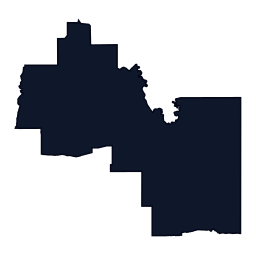 Loxton Waikerie, South Australia, Australia (Robinson projection)
{"feature_id": "25037944B91781040485830", "entity_name": "Loxton Waikerie", "entity_type": "district", "adm_level": 2, "iso_a3": "AUS", "parent_name": "Australia", "parent_adm1": "South Australia", "projection": "robinson", "projection_center": [140.079, -34.476], "detail": "fine", "context": "isolated", "style": "filled", "palette": "ink", "viewbox_px": 256, "rotation_deg": 0, "n_neighbors": 0, "source": "geoboundaries", "source_scale": "gbopen_adm2", "svg_char_len": 5744}
<svg xmlns="http://www.w3.org/2000/svg" viewBox="0 0 256 256"><path d="M240.6,97.7L194.0,97.8L180.4,97.8L180.4,98.2L180.2,98.4L179.8,98.2L179.3,98.2L177.3,98.7L176.4,98.8L176.0,98.9L175.8,99.1L175.6,99.6L175.7,100.1L176.6,101.6L176.6,102.0L176.5,102.3L176.2,102.5L175.9,102.5L174.8,102.3L174.1,102.1L173.0,101.5L172.7,101.7L172.5,102.2L172.7,102.5L173.6,102.8L174.3,103.1L174.5,103.5L174.7,103.9L175.0,104.2L175.5,104.4L176.4,104.2L176.7,104.4L176.8,104.7L176.6,104.9L174.9,105.2L174.8,105.3L174.6,105.5L174.6,105.8L174.8,106.1L175.3,106.3L175.4,106.2L176.0,105.9L176.3,105.8L176.8,106.5L176.9,106.8L176.9,107.4L177.1,107.7L177.4,107.8L177.7,107.6L178.2,106.0L178.6,105.6L179.2,105.6L179.8,106.0L179.9,106.4L180.1,106.8L180.0,107.3L180.0,107.5L179.1,108.4L179.1,108.7L179.1,109.3L179.3,109.6L179.9,110.1L179.9,110.3L179.4,111.1L179.0,111.3L176.8,111.5L175.9,111.9L175.0,112.0L174.5,112.3L174.3,112.5L174.2,112.8L174.3,113.3L174.8,113.7L174.9,114.0L174.8,114.8L174.9,115.0L175.2,115.3L175.6,115.5L176.6,115.7L177.3,115.5L178.0,115.2L178.5,115.7L178.9,116.3L179.0,116.5L178.8,116.9L178.5,118.5L177.9,119.5L177.7,119.7L177.0,120.0L176.3,120.0L175.9,120.1L175.7,120.5L175.7,120.9L176.0,121.6L174.8,122.4L174.3,122.5L173.3,122.5L172.7,122.4L172.3,122.2L171.8,122.3L171.5,122.5L171.7,123.5L170.4,124.1L170.0,124.1L169.6,124.1L169.3,123.8L168.8,123.2L168.3,123.3L168.2,123.5L168.4,124.1L167.1,123.9L166.5,123.6L166.0,123.3L165.1,122.3L163.9,121.3L163.6,121.0L163.5,120.6L163.4,119.9L163.2,117.5L163.4,115.5L163.3,115.1L163.0,114.7L162.7,114.4L161.5,114.3L161.2,114.1L161.0,113.8L161.0,113.4L161.1,113.1L161.3,112.9L162.1,112.4L162.2,112.2L162.2,111.8L162.0,111.6L161.2,111.3L161.0,111.1L160.9,110.9L161.0,110.7L161.7,110.5L161.9,110.4L162.0,110.2L162.0,109.9L161.9,109.7L160.9,109.0L160.2,108.6L159.7,108.5L159.1,108.5L158.7,108.6L157.4,109.3L157.0,109.3L155.6,109.0L155.3,109.0L154.6,109.3L154.0,109.9L153.6,110.7L153.4,111.8L153.1,112.3L152.9,112.4L152.6,112.5L150.3,109.6L148.8,107.2L147.3,105.0L146.9,104.1L146.6,103.2L146.0,100.9L145.7,100.4L145.2,99.9L144.4,98.9L144.0,98.3L144.0,97.8L144.0,97.2L144.7,95.8L144.8,95.5L144.8,94.6L144.4,93.7L143.5,92.7L142.9,91.5L142.1,89.9L142.0,89.3L142.0,88.4L142.5,87.2L142.8,86.6L143.6,86.0L144.3,85.8L144.6,85.8L145.7,86.3L146.4,86.5L146.7,86.4L147.1,85.9L147.2,85.7L147.1,85.3L146.7,84.6L146.2,84.1L145.4,83.8L145.1,83.4L145.0,83.1L145.2,82.8L145.9,82.5L146.3,82.1L146.5,81.8L146.6,81.2L146.2,80.6L145.7,80.4L145.4,80.3L144.5,80.4L144.2,80.3L144.0,79.8L143.6,79.4L143.3,79.2L143.0,79.2L142.2,79.6L141.9,79.4L141.9,79.2L142.1,78.8L142.3,78.2L142.2,77.6L141.5,76.6L141.3,76.4L140.5,76.4L140.2,76.5L139.4,77.2L139.1,77.4L138.8,77.4L138.5,77.3L138.4,77.1L138.3,76.4L138.6,75.9L138.8,75.7L140.9,74.5L141.3,74.0L141.5,73.4L141.6,72.8L141.5,72.4L141.1,71.8L140.3,70.8L140.0,70.8L138.2,70.7L137.9,70.6L137.5,70.3L137.3,69.9L137.3,69.5L137.5,68.8L137.7,68.5L138.3,68.1L139.0,67.9L139.3,67.8L139.4,67.5L139.3,67.3L139.2,67.0L138.9,66.8L137.7,66.6L137.1,66.3L136.7,65.7L136.8,64.9L136.6,64.5L136.2,64.4L135.9,64.5L135.7,64.6L133.2,67.2L132.0,68.1L131.4,68.9L130.7,69.5L130.0,70.7L129.8,70.8L128.7,70.5L128.0,70.2L126.1,68.4L125.2,68.0L123.6,67.4L123.0,67.5L121.9,68.1L121.2,68.6L120.2,69.6L119.9,69.6L117.1,68.3L117.1,44.8L90.5,45.1L90.1,25.8L88.7,24.4L80.8,23.6L78.6,20.4L78.0,22.8L67.5,22.7L67.5,35.4L67.4,35.5L64.9,38.6L57.7,38.7L57.8,65.3L25.0,65.3L25.1,66.2L24.9,66.6L24.7,67.0L23.9,67.4L23.6,67.6L23.4,70.6L23.2,71.9L22.9,72.9L21.6,75.2L20.8,76.1L21.2,77.4L21.4,78.7L21.9,79.7L22.0,80.2L22.0,80.7L21.7,81.2L20.9,82.3L20.6,83.0L20.6,83.4L20.7,84.5L20.5,85.1L20.1,85.6L19.4,86.0L19.1,86.3L19.5,87.2L20.2,88.2L20.8,88.6L21.8,88.8L22.1,89.6L22.0,90.1L21.5,90.6L20.6,90.8L20.8,91.8L21.3,92.5L21.5,92.6L22.0,92.8L22.7,92.9L22.7,93.1L22.1,94.0L21.7,94.9L20.0,96.4L18.9,97.9L18.5,98.4L18.1,99.1L18.0,100.1L18.1,101.5L17.9,102.7L18.0,103.4L18.1,103.7L18.6,104.3L18.9,104.6L20.0,105.2L20.2,105.4L20.2,105.7L19.6,107.8L19.2,108.9L18.7,111.1L18.1,112.3L18.1,113.3L17.9,114.5L17.8,116.4L17.1,118.2L17.0,118.7L17.1,121.6L16.8,123.3L16.9,124.8L16.6,126.0L15.6,127.1L15.5,127.9L15.4,128.2L18.4,128.2L18.8,128.3L41.2,128.2L41.2,131.4L41.1,131.7L41.3,131.7L41.4,132.0L41.2,133.1L41.4,133.5L41.5,134.9L41.5,154.0L43.0,154.4L44.7,154.4L48.3,154.8L51.5,154.8L55.1,155.2L55.7,155.0L57.8,155.0L59.3,154.7L61.4,154.4L62.1,154.2L63.6,154.5L64.6,154.6L65.7,155.0L66.3,155.3L67.2,155.5L68.5,155.5L69.0,155.3L69.6,155.3L69.9,155.4L72.5,155.9L73.3,156.2L73.6,156.2L73.9,156.3L75.6,156.4L76.0,156.7L80.2,155.8L80.7,155.4L91.9,152.5L91.9,147.8L98.1,147.8L106.8,145.7L112.4,145.7L112.4,164.6L111.8,164.7L111.1,164.6L110.6,164.8L110.6,171.4L142.0,171.3L141.9,206.1L152.2,206.1L152.2,235.6L166.1,235.6L167.5,235.4L168.4,235.5L169.7,235.2L170.5,235.5L174.0,235.2L174.5,235.2L175.7,235.5L177.0,235.4L179.4,235.4L180.2,235.1L181.5,235.1L181.5,232.5L182.2,232.4L185.3,231.8L185.9,232.0L186.4,232.2L186.8,232.2L187.1,232.1L187.2,231.9L187.4,231.8L187.9,232.1L188.2,232.0L189.3,231.7L189.6,231.5L190.2,231.6L190.8,231.5L191.7,231.2L192.8,231.1L193.3,230.9L193.6,230.6L195.8,230.2L196.4,229.7L196.7,229.8L197.4,229.6L198.9,229.7L199.3,229.6L200.4,229.6L200.9,229.8L201.1,229.8L203.6,229.8L204.5,229.9L206.5,229.9L206.7,230.1L209.0,229.6L211.0,231.2L212.6,229.2L212.9,229.4L213.3,229.4L214.0,229.3L214.7,229.8L214.7,230.0L215.1,230.6L215.5,230.5L215.9,230.8L216.1,230.8L217.0,231.5L217.6,232.1L217.8,232.6L218.1,232.7L218.9,232.8L219.4,233.2L219.9,233.4L220.2,233.3L220.4,233.1L222.0,232.9L222.4,232.8L222.9,232.8L224.2,232.9L224.9,233.2L225.5,233.3L226.3,233.2L227.1,233.2L228.4,232.9L230.3,233.1L231.0,233.0L232.0,233.3L233.1,233.3L238.0,233.0L239.2,233.3L240.5,233.4L240.6,120.7L240.6,97.7Z" fill="#0f172a" stroke="#020617" stroke-width="1.5"/></svg>